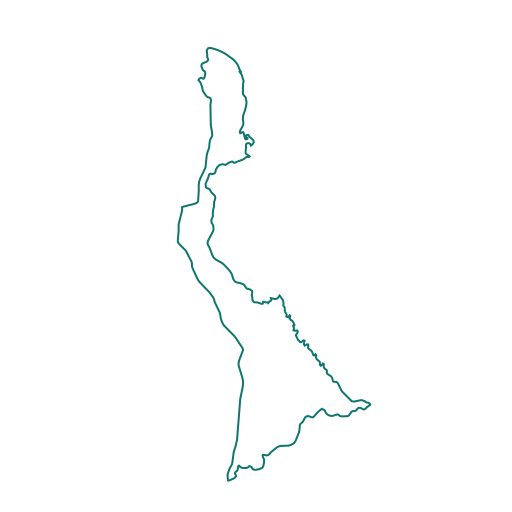 map outline of East Berbice-Corentyne (Robinson projection), rotated 347°
{"feature_id": "GUY-671", "entity_name": "East Berbice-Corentyne", "entity_type": "Region", "adm_level": 1, "iso_a3": "GUY", "parent_name": "Guyana", "parent_adm1": "", "projection": "robinson", "projection_center": [-57.523, 3.897], "detail": "fine", "context": "isolated", "style": "outline", "palette": "teal", "viewbox_px": 512, "rotation_deg": 347, "n_neighbors": 0, "source": "natural_earth", "source_scale": "10m", "svg_char_len": 6080}
<svg xmlns="http://www.w3.org/2000/svg" viewBox="0 0 512 512"><g transform="rotate(347 256 256)"><path d="M270.1,299.8L272.0,304.3L272.3,305.5L272.1,308.5L272.0,309.1L271.4,310.2L271.5,310.9L272.0,311.6L272.3,312.6L272.2,313.7L271.8,315.5L271.7,316.5L271.9,317.5L272.7,319.5L272.5,320.6L272.0,321.3L271.9,321.8L272.7,322.5L273.5,322.7L274.2,322.4L275.4,321.4L275.6,321.7L275.9,321.9L274.7,324.5L275.4,326.1L276.8,327.4L277.5,329.4L278.0,331.8L277.8,332.2L276.7,332.1L276.4,332.4L276.9,334.9L275.8,336.9L276.8,337.5L279.4,337.8L279.7,339.1L278.9,340.3L277.7,341.4L277.0,342.3L278.0,346.8L278.3,347.7L278.9,348.1L279.5,349.7L280.4,350.1L281.2,349.9L282.7,349.1L283.6,348.9L284.2,349.5L282.8,352.6L283.3,354.2L283.6,354.0L286.2,353.6L287.0,354.0L286.8,355.0L286.0,356.9L286.4,358.1L288.4,360.4L289.1,362.0L289.6,365.5L290.2,366.0L291.8,365.0L292.3,366.1L291.7,368.3L291.8,369.7L292.2,370.5L294.1,373.1L294.3,373.7L293.9,376.7L294.4,377.5L295.4,377.1L297.0,375.8L297.7,376.6L297.5,377.5L297.2,378.5L297.0,379.3L297.3,380.5L297.6,381.3L298.9,382.6L299.3,383.5L299.1,384.4L298.6,385.6L299.2,387.2L302.0,390.0L302.8,391.9L302.8,395.0L303.1,395.8L303.9,396.2L305.6,396.6L306.3,397.0L307.3,398.7L308.1,402.6L308.6,404.5L309.2,407.1L316.6,419.0L318.7,419.9L326.3,420.1L329.2,421.8L329.6,422.5L330.2,423.1L330.8,423.6L332.4,424.2L333.1,424.8L333.6,425.6L333.8,426.7L330.2,428.2L327.9,429.7L326.7,429.8L325.5,429.2L324.4,428.1L323.2,427.3L321.7,427.1L320.4,427.7L319.4,428.6L318.3,429.2L316.7,429.2L315.2,428.9L314.1,429.2L310.8,432.1L309.9,432.6L308.8,432.6L303.3,431.5L302.3,431.1L301.1,430.0L300.6,429.2L299.9,428.7L298.3,428.7L295.7,429.0L294.4,429.0L293.0,428.7L291.0,427.5L289.6,426.1L288.7,424.3L288.2,421.8L285.9,419.7L282.1,421.4L275.5,426.0L274.0,425.7L271.2,423.8L269.3,423.6L267.6,424.3L266.5,425.5L265.5,426.8L264.3,428.1L262.7,429.0L261.6,429.5L260.8,430.3L258.9,436.1L258.1,437.6L253.0,445.0L250.7,447.0L247.1,448.0L244.7,448.1L238.2,446.7L235.4,446.6L233.0,447.3L226.7,450.4L224.1,452.2L222.8,452.8L221.5,452.7L219.2,451.6L218.0,451.4L217.5,452.1L217.6,453.5L218.1,456.1L217.8,457.6L217.3,459.2L216.0,462.0L214.7,463.7L211.5,464.4L207.9,464.3L205.4,463.5L204.8,462.8L204.3,460.9L203.7,460.1L202.4,459.3L201.6,459.4L200.9,460.0L199.9,460.3L198.4,460.3L196.8,459.9L195.1,459.4L193.8,458.6L193.2,458.0L192.5,456.6L192.1,456.4L191.3,457.0L190.3,459.5L189.8,460.5L189.1,461.1L187.3,462.0L186.8,462.5L186.6,463.4L187.1,465.2L187.1,466.1L185.0,467.6L178.4,468.9L178.2,469.2L178.8,464.0L179.4,462.0L182.1,457.6L185.5,453.8L186.3,452.4L190.2,442.0L193.4,436.6L196.3,430.5L208.5,391.7L213.8,380.1L214.8,377.1L215.1,375.5L215.3,373.7L215.3,371.1L214.5,359.9L214.5,358.6L214.8,356.7L216.0,354.1L222.1,344.9L222.3,344.2L222.1,342.6L217.2,329.6L209.1,316.4L208.3,313.8L207.8,311.2L207.6,308.9L208.0,304.9L208.0,303.2L205.4,291.6L205.4,289.6L205.2,287.6L204.8,286.3L202.3,280.6L195.1,268.6L194.5,267.2L193.9,265.3L191.5,254.1L191.3,251.4L191.9,248.9L191.9,247.0L188.8,234.9L184.1,227.5L183.0,225.0L183.3,223.2L186.4,213.7L187.7,207.9L194.3,194.9L195.1,191.6L208.0,191.3L210.4,190.8L211.8,189.9L214.8,180.0L216.0,174.6L217.2,171.0L219.2,167.9L226.7,158.4L230.5,147.2L232.1,143.9L234.6,140.2L236.4,134.7L237.6,132.3L240.1,129.4L240.6,128.1L240.9,126.2L241.5,117.8L245.6,98.4L247.1,94.4L247.2,93.7L247.1,92.1L245.9,90.9L244.9,90.6L243.6,89.1L241.3,83.3L241.5,80.4L241.2,76.2L240.8,74.1L239.5,71.7L240.4,70.7L242.1,70.0L242.6,70.0L243.0,70.2L244.3,71.4L244.7,71.5L245.1,71.3L245.9,70.5L247.5,67.3L247.9,65.4L247.6,64.6L246.4,63.5L246.2,63.1L245.6,60.3L245.5,59.0L245.7,57.9L246.5,56.8L246.8,56.5L248.1,56.2L251.2,55.6L252.3,55.3L253.1,54.7L253.5,54.2L253.6,53.7L253.6,53.2L253.2,51.3L253.5,49.7L253.9,48.7L253.8,48.1L254.1,46.4L254.1,44.9L255.0,43.7L255.8,43.2L256.1,42.8L256.4,42.8L258.0,42.9L259.6,43.6L262.4,45.1L265.8,47.3L268.4,49.3L271.5,51.9L277.9,59.2L279.5,61.8L281.0,65.0L281.7,68.5L281.9,70.7L282.2,71.7L282.6,72.6L282.7,73.4L282.8,74.3L281.7,72.5L281.1,71.9L282.9,76.3L282.9,78.1L283.3,82.7L282.0,85.7L281.7,87.4L280.8,89.9L280.7,91.7L279.9,93.8L279.8,95.8L281.6,99.2L281.4,103.9L280.5,106.7L279.6,108.4L278.7,110.4L274.8,116.8L274.8,117.4L274.1,119.2L273.8,120.6L273.8,122.4L273.4,124.5L272.7,125.9L268.9,130.1L268.3,131.1L268.0,132.0L268.3,132.8L269.0,132.8L270.1,132.3L270.9,132.5L271.4,132.5L271.6,132.8L271.7,138.9L271.9,139.5L272.3,140.0L272.9,140.2L273.6,140.1L274.1,139.8L274.3,139.2L273.5,138.1L273.1,137.3L273.3,136.4L273.9,136.0L274.8,136.0L275.6,136.2L275.9,136.8L276.5,138.4L279.1,142.0L279.6,143.7L279.3,144.9L278.3,145.9L277.1,146.7L275.9,147.3L275.5,145.5L274.8,144.6L273.9,144.3L272.5,144.2L271.6,144.8L271.1,146.0L270.6,148.5L269.5,151.4L269.2,152.4L269.1,153.6L269.5,154.5L272.3,157.4L271.5,157.9L270.9,157.8L270.3,157.6L269.6,157.4L268.5,157.6L266.4,158.6L264.5,159.2L258.4,159.9L257.1,160.3L256.1,160.4L255.6,160.2L254.4,158.9L254.0,158.6L252.0,158.7L250.3,159.1L246.9,160.4L243.9,159.0L241.0,159.1L238.4,160.6L236.3,162.8L235.2,165.3L234.3,166.1L232.4,166.4L231.4,166.2L230.7,165.8L229.9,165.5L229.0,165.8L228.4,166.4L226.8,169.4L224.4,172.5L223.1,174.5L222.6,177.5L223.2,178.7L224.5,179.4L225.8,180.4L226.8,184.0L228.9,187.0L229.5,188.5L229.4,190.2L228.8,191.7L227.4,193.9L226.2,198.4L224.9,200.8L223.5,204.7L222.9,207.6L221.3,209.9L220.5,211.2L220.2,212.8L220.4,214.2L220.9,215.5L221.1,217.0L220.9,219.2L220.4,220.9L219.6,222.4L212.9,230.1L211.8,232.0L211.6,233.8L212.6,237.5L213.6,245.0L214.4,248.1L216.3,250.7L221.3,255.2L222.6,256.9L226.5,263.4L228.1,267.3L228.4,269.0L228.6,273.0L229.1,274.8L230.0,276.4L231.3,277.4L235.0,279.1L238.0,281.3L238.2,281.9L238.6,283.4L239.2,284.7L239.4,285.3L239.7,285.8L240.1,285.9L240.9,286.1L241.1,286.3L243.0,287.6L244.3,289.2L244.2,290.7L243.0,293.3L243.2,294.9L242.7,297.8L242.8,298.7L243.2,299.8L243.4,300.2L243.8,300.6L244.5,300.9L246.6,301.4L250.4,303.7L251.2,304.0L251.9,303.9L252.7,302.2L253.6,302.4L255.1,303.4L256.3,303.6L256.8,303.8L257.2,304.7L257.8,304.3L258.5,303.4L260.7,302.8L261.2,302.0L261.1,300.4L263.6,301.6L265.6,302.4L267.7,302.0L270.1,299.8Z" fill="none" stroke="#0f766e" stroke-width="2"/></g></svg>